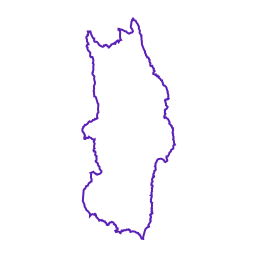 Si Sawat, Kanchanaburi, Thailand (Equal Earth projection), rotated 184°
{"feature_id": "78962969B73671934150573", "entity_name": "Si Sawat", "entity_type": "district", "adm_level": 2, "iso_a3": "THA", "parent_name": "Thailand", "parent_adm1": "Kanchanaburi", "projection": "equal_earth", "projection_center": [99.137, 14.65], "detail": "fine", "context": "isolated", "style": "outline", "palette": "violet", "viewbox_px": 256, "rotation_deg": 184, "n_neighbors": 0, "source": "geoboundaries", "source_scale": "gbopen_adm2", "svg_char_len": 5825}
<svg xmlns="http://www.w3.org/2000/svg" viewBox="0 0 256 256"><g transform="rotate(184 128 128)"><path d="M105.1,18.4L105.2,20.8L103.7,28.0L102.3,29.9L100.2,30.9L100.1,31.3L100.9,32.0L100.9,32.6L98.9,36.4L98.8,36.9L99.3,37.3L99.2,38.1L99.5,38.7L99.1,39.0L99.2,39.6L98.7,40.5L99.2,41.8L99.7,42.2L99.8,43.1L99.5,43.5L98.7,43.6L98.5,44.2L97.8,44.4L97.7,44.8L97.8,45.4L98.7,46.1L98.2,47.1L98.8,47.9L98.4,49.3L99.0,49.8L98.6,50.7L98.7,53.1L99.0,53.8L98.6,55.0L99.9,55.7L100.1,56.4L100.0,57.8L100.2,58.3L99.9,58.9L99.9,60.4L99.5,60.9L99.6,62.2L100.4,62.5L99.9,63.0L99.8,64.0L100.1,65.5L99.6,66.5L99.8,67.5L99.7,69.2L100.1,69.8L99.6,70.5L99.4,72.1L100.1,72.7L100.6,72.6L100.8,73.2L100.5,73.8L100.7,74.9L99.7,76.2L99.8,76.8L100.4,77.6L100.4,78.9L99.8,79.8L99.8,80.6L99.0,80.7L98.5,81.4L98.6,81.8L99.2,81.9L99.5,82.4L99.4,84.2L99.1,84.4L98.7,85.8L98.8,87.0L98.0,87.4L97.4,88.4L97.7,89.1L97.7,90.7L98.5,91.7L97.9,92.7L98.1,94.7L97.0,96.5L97.0,97.1L96.7,97.8L95.8,99.0L93.1,99.7L91.8,99.4L90.1,98.6L89.2,97.0L88.2,96.7L86.6,98.0L86.5,98.5L87.7,101.3L87.4,101.8L87.5,102.3L86.3,102.5L85.2,104.8L84.9,106.4L83.6,107.6L83.4,109.2L81.4,110.6L81.5,113.7L80.9,114.5L80.1,114.7L81.0,116.2L81.4,118.7L82.2,119.7L81.8,120.8L82.1,121.4L81.9,122.3L82.7,124.2L82.6,125.6L83.3,126.3L82.8,129.0L83.2,129.7L83.1,131.0L84.0,131.3L84.6,133.1L85.2,133.2L85.6,134.1L87.1,135.2L87.2,135.7L86.9,136.8L88.8,139.8L90.5,140.6L91.0,141.3L92.2,140.6L92.7,141.5L92.5,142.8L91.6,144.6L92.3,145.2L92.2,147.5L92.6,148.2L92.2,149.0L90.7,149.9L89.9,151.8L91.7,153.4L91.7,154.9L92.4,155.9L92.5,157.1L93.1,158.0L92.7,158.9L91.7,159.0L91.0,159.6L90.3,159.3L89.4,160.2L90.0,161.0L90.0,163.5L90.4,164.3L90.6,165.5L91.1,166.0L90.9,167.2L91.6,168.4L92.7,171.4L94.4,172.9L95.4,173.0L95.9,173.5L96.6,175.9L97.4,177.1L97.4,177.9L98.4,178.0L99.4,179.5L101.0,180.3L101.3,181.2L101.0,181.5L101.6,181.9L102.7,181.6L102.9,181.8L102.7,182.4L103.8,182.6L104.0,183.4L105.1,183.1L106.7,183.8L106.5,185.3L105.4,186.4L105.5,186.9L106.5,187.6L106.3,189.1L107.5,190.0L108.1,191.7L109.6,191.4L110.0,191.7L110.3,193.1L110.1,194.2L110.7,194.7L111.3,196.0L111.1,197.3L111.7,197.7L112.2,199.2L112.7,199.7L113.9,199.8L114.1,200.7L115.1,201.6L115.4,203.0L116.3,204.2L116.4,205.7L117.7,207.6L119.9,212.3L120.1,213.2L120.1,214.9L120.7,216.9L120.8,219.3L121.3,220.3L121.0,221.4L122.0,222.2L123.1,223.9L122.9,225.8L124.1,227.9L124.2,230.1L124.9,230.8L125.4,232.2L126.4,233.1L127.9,235.6L129.5,235.9L130.4,237.5L130.6,237.6L131.5,236.0L131.5,234.9L132.0,234.0L132.0,231.7L132.3,229.9L132.1,228.3L130.8,226.9L129.8,224.9L130.3,223.9L130.8,223.4L132.0,223.2L133.4,222.2L135.3,223.0L136.7,224.3L137.6,224.2L141.2,225.8L142.0,225.5L143.3,226.2L144.4,226.3L144.4,225.3L143.2,224.6L142.5,223.2L142.4,219.2L141.9,216.5L141.1,215.3L142.4,214.9L143.3,213.0L144.3,214.5L145.1,213.6L145.5,213.7L146.3,211.8L147.3,212.1L147.5,211.9L147.2,211.1L148.0,211.2L150.5,210.1L150.8,209.1L152.1,207.8L152.4,207.1L152.8,207.0L153.0,207.9L154.2,208.1L155.3,209.4L156.4,209.3L157.1,208.5L157.7,208.6L157.7,208.0L158.8,207.2L159.9,207.5L162.3,208.6L164.6,211.5L166.0,211.9L166.8,211.6L167.4,211.9L167.9,212.7L167.9,214.9L168.8,214.9L170.2,216.8L171.7,220.0L172.2,221.6L172.8,221.3L173.2,221.6L174.8,221.5L174.2,219.9L174.5,219.0L174.3,217.8L174.5,217.6L174.9,217.7L175.0,216.9L175.8,216.1L175.9,215.1L175.2,213.6L174.8,211.3L174.0,209.9L173.5,209.7L173.2,208.6L174.4,208.2L175.0,207.0L175.0,206.3L173.9,205.5L174.1,204.6L173.4,202.9L170.9,200.6L170.8,197.0L169.8,196.0L168.8,196.4L168.3,196.2L167.3,193.5L167.3,191.1L167.6,190.1L166.7,189.2L166.9,186.8L166.6,183.0L167.0,182.0L166.9,181.1L167.3,180.8L167.3,179.9L166.9,178.7L165.2,177.3L165.2,174.3L164.1,171.1L164.1,169.9L165.0,167.1L164.5,164.9L164.9,162.3L164.3,161.6L164.4,159.8L163.9,158.6L163.9,157.3L162.2,156.5L159.9,150.4L159.2,149.8L159.2,144.4L158.6,141.6L159.3,140.7L159.7,139.3L159.6,136.5L159.1,135.8L160.0,134.9L161.6,134.8L161.7,134.1L162.2,133.8L163.5,133.6L164.1,132.5L165.4,131.6L166.3,131.6L166.8,132.0L167.7,131.3L168.3,129.9L169.5,128.7L170.3,128.1L171.3,128.1L171.7,126.9L172.3,126.1L172.7,126.0L172.6,125.3L173.4,124.0L173.2,121.6L172.5,120.6L171.9,120.3L171.2,118.9L170.5,118.0L170.4,117.4L170.8,116.8L170.5,116.1L171.0,115.0L170.9,114.3L170.5,114.0L169.7,114.1L169.5,114.9L168.9,115.5L167.3,115.1L166.6,116.2L166.4,115.8L165.7,116.1L163.8,115.3L163.1,114.5L162.1,114.3L161.4,113.7L160.5,114.3L160.5,113.4L160.9,112.9L161.2,111.8L160.2,110.3L160.6,107.2L160.4,106.0L159.9,105.3L160.7,104.4L160.9,103.5L160.5,102.5L160.2,102.7L159.1,102.3L159.2,101.9L158.7,101.2L158.9,98.8L157.3,97.7L157.6,96.6L157.3,96.1L157.2,93.7L157.4,93.2L157.9,93.0L157.9,92.4L157.3,91.7L156.0,91.1L155.0,88.3L153.8,87.5L153.4,85.0L151.4,83.1L151.7,81.7L152.7,80.5L154.5,79.7L155.1,79.8L155.6,79.3L156.7,79.7L156.9,80.3L158.1,80.6L159.5,81.9L162.1,80.5L161.6,80.2L161.5,75.8L160.7,74.4L160.7,72.1L161.5,71.9L162.2,70.8L163.2,70.3L164.2,67.5L165.7,67.1L166.5,64.5L167.4,64.0L167.9,63.0L168.0,52.1L166.0,48.3L165.8,46.5L164.3,44.5L164.0,43.5L161.7,41.8L159.9,39.7L159.8,37.5L158.4,39.2L157.1,39.6L155.6,39.1L155.0,40.1L154.7,40.1L153.9,38.9L154.0,38.2L153.5,37.9L153.4,37.0L150.6,34.5L150.2,33.6L149.3,34.2L148.2,33.9L147.7,34.3L147.2,33.6L146.4,33.8L145.4,33.1L144.5,33.2L144.0,32.1L143.4,32.0L142.4,30.7L142.5,30.0L141.9,29.7L140.7,30.0L140.0,32.0L139.5,32.4L138.5,32.5L137.9,33.2L136.5,32.9L135.6,32.2L135.4,31.1L134.3,30.5L133.9,30.7L133.2,29.8L132.7,27.8L131.3,27.2L131.3,26.3L131.8,25.6L133.5,24.6L132.8,23.4L130.3,24.1L129.2,23.6L128.8,22.9L128.1,22.6L127.2,25.3L126.9,25.3L126.6,24.6L124.9,25.4L124.7,25.9L123.1,25.8L122.0,26.7L120.8,26.4L120.2,26.9L119.8,26.4L119.3,26.4L119.3,26.0L118.6,25.5L118.3,24.5L116.1,25.3L113.4,25.0L112.4,24.1L110.6,24.0L109.9,22.7L108.9,22.6L108.8,21.8L107.8,20.8L106.8,18.6L105.1,18.4Z" fill="none" stroke="#5b21b6" stroke-width="2"/></g></svg>